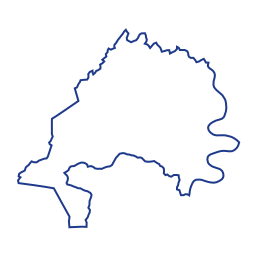 outline of Chapecó, Santa Catarina, Brazil, rotated 269°
{"feature_id": "56859067B15703493579664", "entity_name": "Chapecó", "entity_type": "district", "adm_level": 2, "iso_a3": "BRA", "parent_name": "Brazil", "parent_adm1": "Santa Catarina", "projection": "robinson", "projection_center": [-52.66, -27.112], "detail": "fine", "context": "isolated", "style": "outline", "palette": "blue", "viewbox_px": 256, "rotation_deg": 269, "n_neighbors": 0, "source": "geoboundaries", "source_scale": "gbopen_adm2", "svg_char_len": 4007}
<svg xmlns="http://www.w3.org/2000/svg" viewBox="0 0 256 256"><g transform="rotate(269 128 128)"><path d="M211.7,116.0L210.0,115.7L208.2,116.2L207.4,113.9L206.6,112.3L207.8,110.0L206.0,109.0L204.4,109.0L202.2,107.1L199.8,107.6L198.3,105.5L196.7,103.5L195.0,105.4L193.2,103.6L191.9,101.2L190.2,101.6L187.8,101.4L186.3,99.1L185.7,97.3L183.7,96.0L182.2,94.2L184.1,93.6L185.9,93.5L184.7,90.8L182.6,89.2L180.9,89.4L178.9,89.2L177.1,88.0L176.9,84.1L176.6,81.4L174.6,80.6L173.3,79.5L171.4,78.6L169.5,77.7L168.6,75.5L155.9,78.9L145.0,62.4L141.0,56.2L138.6,52.2L136.2,52.0L123.3,51.8L120.8,52.6L118.2,51.3L116.1,50.3L114.9,48.9L113.1,49.5L112.0,51.3L100.9,47.4L99.0,46.1L98.8,43.7L97.9,41.2L97.0,38.5L95.3,36.1L95.4,33.3L96.3,31.0L94.4,29.3L93.0,28.3L91.9,26.9L90.5,25.2L87.3,24.0L86.1,21.7L85.3,19.9L83.9,18.3L81.6,17.8L80.6,19.6L79.2,18.4L77.4,17.1L74.8,17.7L72.6,32.3L70.6,44.3L69.0,52.8L53.6,60.9L40.3,68.0L35.6,67.3L29.8,67.7L30.1,79.7L29.9,84.8L34.2,85.0L36.9,84.0L38.3,85.3L39.7,86.3L42.1,87.1L44.3,88.2L46.8,88.5L48.9,87.0L51.7,88.1L55.6,88.3L57.7,89.1L60.2,90.1L62.0,90.3L63.7,89.3L65.5,86.4L66.1,83.9L67.0,81.9L68.5,79.5L68.6,77.1L69.6,75.1L70.2,73.2L71.3,70.9L72.1,68.5L72.6,66.3L74.2,65.6L75.9,66.4L77.7,67.0L79.5,67.0L81.2,66.4L84.2,63.6L85.7,66.1L86.8,67.7L88.7,68.5L90.4,69.8L90.8,71.6L90.9,73.6L92.0,75.4L93.2,77.7L94.2,80.4L94.2,82.6L93.5,84.7L92.1,86.6L90.0,87.1L90.6,90.4L89.4,93.0L88.2,94.3L87.7,96.9L87.8,99.1L87.6,101.0L88.7,103.6L89.6,106.2L90.0,109.3L91.3,111.4L93.5,112.6L96.5,114.4L98.2,115.3L102.4,119.2L103.0,122.3L102.7,124.4L101.7,126.4L101.4,129.0L100.7,130.8L100.4,133.1L99.4,135.3L98.1,137.3L98.4,139.4L97.9,141.2L96.1,142.9L94.4,144.5L94.0,146.5L93.9,148.4L94.1,151.0L94.5,153.6L92.7,156.1L91.3,158.6L89.5,159.5L88.9,161.3L87.0,163.1L84.2,163.3L82.1,163.0L80.2,164.7L80.8,166.6L79.1,168.5L78.6,170.4L80.2,173.0L80.2,175.4L79.9,177.8L77.5,178.0L75.2,178.7L72.6,177.6L70.0,177.1L68.0,176.0L65.7,175.9L65.0,178.3L59.9,179.8L59.9,182.4L60.8,184.3L60.6,186.4L59.6,188.0L62.1,188.5L63.9,188.7L66.5,189.3L68.7,190.1L70.3,190.8L72.3,191.8L73.9,193.0L75.0,195.0L75.2,197.8L75.0,200.1L74.3,202.4L73.5,204.6L72.9,206.5L72.2,209.3L71.8,212.6L72.2,215.4L73.4,218.3L75.0,220.8L76.3,221.9L77.8,222.5L79.7,222.6L81.9,222.1L83.6,221.2L85.0,219.6L85.8,217.9L86.4,216.0L87.2,213.9L87.9,212.0L89.0,210.2L90.5,208.4L92.0,207.4L95.1,206.8L97.5,207.2L98.9,208.1L100.2,210.2L101.1,212.8L101.8,215.0L102.6,217.6L103.2,219.9L103.5,222.3L103.4,224.8L103.1,227.1L102.9,229.0L103.0,231.6L104.0,233.9L105.6,235.8L107.1,237.1L108.9,238.0L111.7,238.9L114.0,236.6L116.0,233.7L117.3,231.3L118.0,228.9L118.9,225.5L119.1,222.6L119.1,220.7L119.1,218.8L119.1,216.1L119.9,213.3L121.4,211.1L123.0,209.5L124.9,208.4L127.2,208.1L128.9,208.7L130.9,210.5L132.3,212.7L133.1,214.4L133.9,216.1L134.6,218.7L135.6,222.0L137.2,224.0L139.2,224.9L141.2,225.6L143.0,226.2L145.1,226.5L146.9,226.7L149.0,226.5L151.2,226.4L153.0,226.1L154.9,225.5L156.8,224.4L159.3,222.8L160.7,221.2L162.4,219.3L164.1,217.4L165.3,216.3L167.3,214.8L169.7,214.2L171.4,214.3L173.2,214.4L175.5,215.1L177.7,215.6L179.5,215.8L181.7,215.3L184.0,213.7L185.3,212.0L186.4,210.4L188.2,209.0L190.2,209.1L191.9,209.6L192.1,207.0L193.9,206.1L195.8,205.0L194.6,202.3L193.3,200.3L192.6,197.6L194.9,196.3L197.0,194.6L197.0,191.9L198.1,190.3L199.8,189.6L202.0,189.4L203.8,188.5L205.0,186.0L205.0,183.7L205.1,181.2L207.4,180.1L208.3,178.4L206.1,178.3L204.1,176.3L203.0,173.7L201.7,171.3L203.6,170.9L205.1,170.6L205.1,168.5L204.3,165.8L203.7,163.1L206.3,162.3L207.9,161.6L209.5,160.0L211.0,158.6L212.8,157.7L211.9,155.3L210.1,153.7L207.6,151.5L209.9,150.1L211.2,148.7L212.0,146.3L214.2,147.9L216.0,148.4L217.9,147.7L220.1,147.5L222.4,146.6L222.4,143.3L221.3,141.3L219.7,140.4L217.8,139.5L215.7,137.8L214.9,135.4L213.7,132.6L214.9,130.4L216.0,128.6L218.1,128.3L220.5,129.3L222.6,130.1L224.4,128.5L226.2,127.6L224.5,125.8L223.0,124.9L221.5,123.8L219.9,122.4L218.1,121.1L216.6,119.7L214.6,118.4L212.9,117.4L211.7,116.0Z" fill="none" stroke="#1e3a8a" stroke-width="2"/></g></svg>